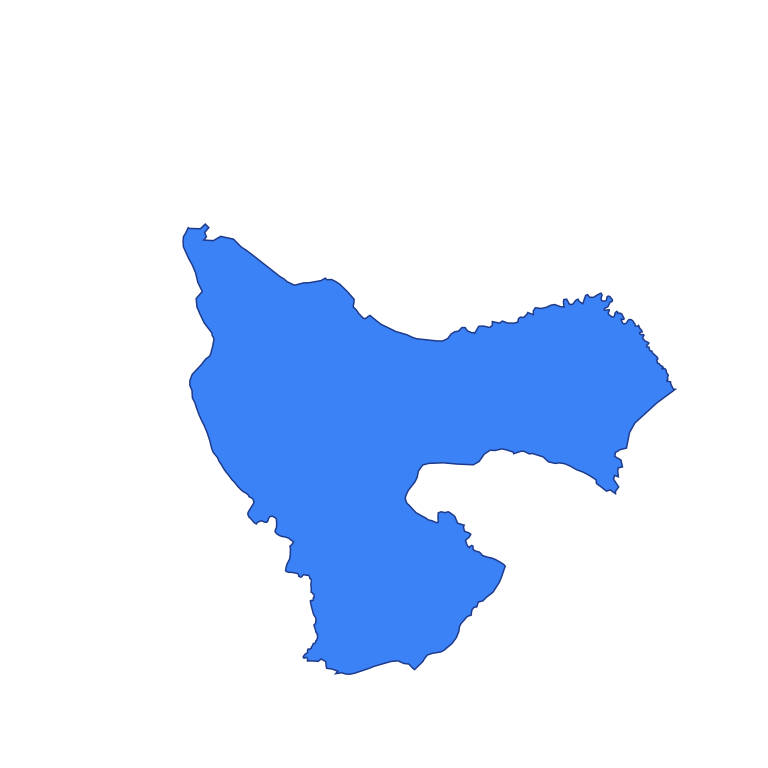 Kankan, Kankan, Guinea, rotated 321°
{"feature_id": "49546643B29721322070698", "entity_name": "Kankan", "entity_type": "district", "adm_level": 2, "iso_a3": "GIN", "parent_name": "Guinea", "parent_adm1": "Kankan", "projection": "robinson", "projection_center": [-9.056, 10.226], "detail": "fine", "context": "isolated", "style": "filled", "palette": "blue", "viewbox_px": 768, "rotation_deg": 321, "n_neighbors": 0, "source": "geoboundaries", "source_scale": "gbopen_adm2", "svg_char_len": 6171}
<svg xmlns="http://www.w3.org/2000/svg" viewBox="0 0 768 768"><g transform="rotate(321 384 384)"><path d="M607.0,571.4L605.6,569.9L606.9,564.3L608.0,562.9L607.8,562.2L605.7,559.9L605.9,559.3L607.3,559.2L608.3,557.5L610.5,556.0L610.7,552.9L612.0,550.7L612.0,549.3L611.4,548.1L609.7,547.2L610.1,546.7L611.3,546.6L611.6,545.9L610.6,543.4L610.6,541.5L609.8,540.2L611.0,536.9L612.7,536.8L613.2,535.0L612.2,528.9L612.9,527.1L611.6,525.4L613.1,522.0L611.5,520.5L612.0,519.5L615.2,519.1L615.7,518.6L613.8,514.4L613.9,510.9L616.7,509.7L616.7,508.9L614.5,507.1L614.3,506.3L615.0,504.9L617.5,506.0L618.0,504.4L617.8,501.7L618.7,498.7L617.4,498.6L616.2,497.7L615.8,497.0L616.9,495.0L616.7,493.9L617.1,492.0L616.7,489.8L615.7,488.6L614.6,488.1L613.2,488.3L611.3,489.1L609.4,489.0L608.0,487.9L607.8,486.7L608.7,483.3L609.2,482.9L610.4,484.3L611.2,484.6L611.8,484.2L612.7,479.9L612.8,478.8L611.9,477.3L610.1,476.3L610.8,475.0L610.5,474.0L608.3,474.2L605.5,476.4L604.6,476.4L603.5,475.5L602.3,471.2L602.9,469.9L604.9,469.0L605.7,468.2L605.5,467.7L602.2,466.0L601.9,465.3L602.7,464.1L606.7,464.8L611.4,462.6L613.0,463.4L613.8,463.2L614.5,462.2L614.6,458.3L613.6,456.8L612.1,456.7L609.2,459.1L607.9,458.6L606.2,457.2L605.8,455.8L606.1,454.7L606.8,453.8L609.5,452.1L609.8,449.9L605.2,448.9L601.5,448.6L598.4,446.0L598.4,442.6L596.4,442.1L589.0,446.7L587.6,442.7L588.2,440.2L586.2,439.6L580.8,440.8L578.3,439.0L579.3,433.0L576.9,431.6L575.2,433.0L572.4,437.5L569.6,434.7L566.7,429.7L563.6,427.9L558.3,426.5L553.6,424.2L549.7,420.0L546.1,421.1L543.7,424.1L540.7,418.9L539.1,419.7L534.5,420.2L532.0,417.9L529.7,417.8L526.9,420.1L523.2,418.5L518.5,414.4L515.6,409.6L512.0,409.3L507.5,403.7L505.0,406.7L501.6,406.5L497.8,401.6L493.9,398.8L486.3,401.7L486.2,400.6L484.5,399.5L482.3,395.2L482.5,391.1L480.1,389.2L475.2,389.8L471.9,387.9L467.5,387.4L462.0,388.8L456.5,387.4L452.1,383.7L437.6,369.1L435.2,365.2L432.9,360.3L426.2,350.6L419.3,335.8L418.0,330.4L416.3,321.9L414.1,321.5L412.3,321.7L410.1,321.1L410.0,320.6L409.2,319.8L409.2,318.0L408.8,316.4L409.0,315.4L408.7,314.1L409.1,309.0L408.8,306.0L408.5,304.7L412.2,301.5L414.1,299.3L413.7,289.4L412.4,278.4L410.8,273.7L408.9,269.7L405.3,267.1L405.0,264.8L400.1,264.0L389.9,258.4L385.1,254.8L376.6,250.9L373.1,243.6L372.4,239.6L370.6,234.4L363.2,201.8L361.3,194.1L359.2,187.4L358.2,176.7L350.0,166.5L341.6,165.2L334.5,158.7L338.6,157.9L340.0,153.4L346.3,152.2L345.7,147.2L339.0,147.8L330.5,140.5L330.2,139.3L324.8,141.9L320.9,143.3L317.6,146.7L314.4,151.2L311.2,163.4L310.1,170.0L307.6,178.9L303.3,187.8L301.0,197.7L291.8,199.4L287.1,206.4L284.8,214.6L282.7,223.5L282.4,235.7L281.0,238.3L280.8,240.2L280.0,242.3L273.4,247.8L270.8,249.5L269.2,251.0L266.1,252.6L261.1,252.4L253.8,254.1L241.1,255.8L235.5,259.0L232.3,262.8L230.7,268.2L226.3,274.3L225.3,279.5L223.6,283.6L221.0,291.2L219.6,296.3L217.9,303.9L215.8,311.0L213.0,318.3L209.9,324.8L208.3,329.3L208.3,336.6L207.2,340.2L207.0,343.2L206.1,349.2L205.8,353.3L205.9,355.1L205.6,363.1L206.0,366.0L205.9,371.6L206.3,376.1L206.8,378.9L208.2,382.3L208.7,384.7L208.2,386.8L209.1,388.6L209.8,390.8L208.7,393.7L207.6,394.7L198.6,397.8L196.5,399.0L195.7,400.9L195.3,403.1L195.7,404.2L195.9,410.2L196.7,412.4L198.3,411.9L199.7,412.1L202.3,413.0L203.0,413.6L204.1,415.9L205.0,417.0L205.9,417.7L207.7,417.3L209.5,415.9L211.6,415.3L213.3,415.9L214.2,416.9L215.4,419.8L215.5,421.1L212.4,425.3L210.3,427.7L207.8,429.0L206.3,430.3L206.5,431.6L206.3,432.9L207.7,436.6L209.6,439.4L210.6,440.1L213.0,444.0L213.5,446.9L214.3,449.0L214.1,449.6L214.2,449.8L210.9,450.9L208.9,450.8L207.6,453.1L203.6,457.8L200.5,460.6L195.6,462.8L192.7,464.7L190.0,467.2L190.1,468.3L191.5,470.4L194.0,472.6L197.1,476.3L197.7,477.6L197.5,478.7L196.8,479.5L197.3,481.1L198.1,482.0L201.5,481.5L203.7,484.2L205.1,485.1L204.9,486.6L204.0,488.3L204.4,489.9L204.2,490.8L201.0,493.8L200.0,495.1L199.4,496.4L196.4,499.9L196.8,501.0L196.8,503.8L196.2,505.0L195.5,505.8L194.6,505.6L192.9,507.5L191.9,507.1L191.0,506.2L190.2,506.2L187.6,511.1L184.3,518.6L183.8,522.5L182.9,524.3L181.2,526.1L179.7,527.2L178.4,527.0L177.8,527.3L176.2,531.5L175.0,533.8L174.8,536.2L173.6,538.2L173.3,538.9L171.7,539.8L170.8,540.7L169.4,540.7L167.7,542.0L166.7,541.9L165.8,541.2L163.4,542.5L162.0,542.7L161.3,543.5L160.0,543.7L158.4,542.3L157.8,542.2L156.9,543.0L156.1,544.1L155.3,544.6L152.9,544.3L150.1,544.9L149.3,545.3L149.3,546.9L150.8,547.0L151.7,548.3L151.4,550.0L150.8,551.0L149.7,550.7L153.7,553.8L158.3,558.1L162.0,558.1L164.1,563.0L161.1,567.5L160.6,568.9L164.5,573.1L167.3,578.2L164.2,578.7L169.4,581.8L171.6,585.1L174.9,588.1L179.4,590.4L192.4,595.2L199.0,597.3L215.0,604.1L220.7,608.0L223.5,613.6L227.1,617.3L227.4,622.2L228.0,625.2L239.6,624.1L242.9,622.8L247.2,621.9L252.0,623.7L259.2,627.8L262.8,628.7L273.6,628.5L280.7,626.6L286.3,623.5L290.2,619.9L293.4,618.6L302.4,617.1L306.5,618.5L307.6,617.1L310.3,614.8L313.4,614.2L315.9,615.6L320.0,612.8L324.5,614.8L329.5,614.2L337.6,614.4L349.1,610.6L354.1,607.8L363.6,601.8L363.5,599.7L362.0,595.1L360.1,590.4L358.3,587.2L355.1,583.2L352.5,579.0L352.6,576.6L352.3,574.6L349.8,571.2L349.2,568.6L351.1,565.9L350.6,564.7L348.5,564.4L347.5,564.8L347.0,563.2L347.4,560.9L348.9,556.8L354.1,556.6L356.9,555.4L356.2,552.9L354.0,549.5L354.5,547.6L355.9,544.9L357.5,544.2L353.6,538.5L355.7,531.4L354.5,526.3L353.5,523.7L350.5,522.4L347.9,519.2L345.1,518.3L342.5,521.1L339.2,525.5L337.7,525.0L335.0,520.1L333.0,517.7L331.8,513.5L331.1,512.2L327.9,504.1L327.2,494.1L326.7,491.1L328.3,486.6L330.7,484.5L336.1,481.9L346.3,479.6L350.9,477.5L355.8,473.4L363.0,471.3L368.6,473.7L380.3,482.4L390.4,492.2L402.6,503.0L409.1,504.1L417.9,501.6L424.9,502.3L428.3,505.5L434.7,508.5L437.3,511.7L441.6,518.2L440.9,519.8L448.2,522.5L450.5,524.4L452.9,529.7L455.6,531.4L461.8,540.8L462.8,547.9L466.9,553.3L470.9,555.9L474.3,559.7L477.2,565.3L479.7,571.8L482.9,577.1L484.9,581.5L486.5,585.6L488.5,591.9L486.5,595.1L487.7,599.5L489.5,607.3L493.1,608.6L494.9,614.9L496.5,613.0L501.6,611.7L502.5,602.3L505.7,600.2L507.7,603.6L510.9,598.7L513.1,596.6L517.2,598.5L520.3,592.2L517.8,585.6L520.6,582.9L526.2,583.6L532.1,586.4L544.2,576.3L554.3,572.2L583.9,570.4L607.0,571.4Z" fill="#3b82f6" stroke="#1e3a8a" stroke-width="1.5"/></g></svg>